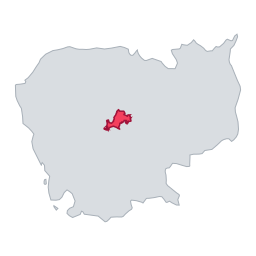 Kampong Svay, Kâmpóng Thum, Cambodia shown in context
{"feature_id": "14789045B4566000056462", "entity_name": "Kampong Svay", "entity_type": "district", "adm_level": 2, "iso_a3": "KHM", "parent_name": "Cambodia", "parent_adm1": "Kâmpóng Thum", "projection": "mercator", "projection_center": [104.694, 12.753], "detail": "fine", "context": "in_parent", "style": "filled", "palette": "rose", "viewbox_px": 256, "rotation_deg": 0, "n_neighbors": 0, "source": "geoboundaries", "source_scale": "gbopen_adm2", "svg_char_len": 6792}
<svg xmlns="http://www.w3.org/2000/svg" viewBox="0 0 256 256"><path d="M237.0,34.2L237.6,36.7L235.9,41.2L233.9,45.4L230.4,49.0L230.2,51.7L229.0,59.7L229.4,62.2L230.3,64.4L231.4,65.6L234.5,73.3L237.4,80.4L240.1,86.2L240.6,89.9L238.1,99.2L235.1,107.8L235.4,112.0L236.6,116.3L238.0,121.9L238.5,129.2L237.8,133.9L236.4,136.8L233.8,139.8L231.6,141.4L228.9,138.8L226.8,138.7L223.9,139.5L221.6,140.7L217.0,145.1L211.9,149.4L204.8,150.5L202.1,153.6L199.1,154.1L193.5,154.2L189.9,155.0L190.0,156.6L189.7,164.1L189.8,165.9L189.2,166.4L186.7,166.6L182.4,165.4L176.6,163.6L172.5,163.3L170.3,166.6L169.1,167.9L167.5,168.0L165.9,168.6L165.3,170.1L165.2,171.9L166.0,175.1L166.3,180.1L166.1,183.4L167.6,185.6L176.5,192.8L179.1,194.6L179.4,195.7L177.8,199.6L179.2,205.1L176.4,205.0L171.8,202.7L169.6,201.2L166.9,202.4L166.0,202.2L164.1,199.4L161.8,196.7L159.3,196.5L154.2,197.6L148.9,198.3L146.9,198.3L146.1,198.8L143.0,203.0L141.7,202.2L136.4,200.7L131.5,200.1L130.5,201.1L131.1,204.5L132.2,207.8L131.6,209.2L128.9,210.9L125.4,214.0L123.2,216.4L121.7,217.0L116.4,216.9L111.0,217.2L108.9,219.5L106.9,221.3L105.1,221.8L98.2,216.1L84.3,214.2L82.8,211.7L81.5,211.2L80.2,214.4L72.6,217.5L69.4,215.7L67.0,213.4L67.4,210.6L69.6,208.3L73.4,206.7L75.1,201.0L72.2,193.7L69.7,191.6L67.0,189.9L64.2,192.6L61.9,197.2L59.4,199.6L56.0,200.2L50.9,200.0L48.9,193.0L48.2,187.1L48.9,180.3L49.7,176.2L44.8,170.6L44.5,165.3L42.2,162.6L41.5,164.0L41.5,165.5L40.9,164.4L33.1,148.8L31.8,141.6L33.2,136.0L33.9,134.1L31.7,131.2L28.6,127.9L23.0,123.5L22.6,116.6L21.4,108.4L19.7,105.7L17.2,100.6L15.8,96.5L15.4,85.4L16.1,84.5L20.0,84.2L25.0,83.4L25.8,81.6L24.9,80.2L28.2,77.7L32.8,72.2L36.4,66.5L39.0,62.8L40.5,59.2L45.7,54.2L52.9,50.6L57.7,49.8L62.8,48.6L67.6,46.9L69.9,46.7L76.0,48.8L79.2,49.3L82.7,49.3L86.2,49.5L89.3,49.3L96.7,47.9L104.5,49.0L111.5,48.1L120.2,46.4L124.4,47.5L128.3,49.2L128.8,52.5L129.7,54.1L131.0,55.3L132.8,55.3L135.0,52.9L136.8,50.5L137.4,50.0L137.5,51.2L138.4,53.8L140.1,56.4L141.7,58.2L144.5,60.4L146.3,60.5L152.2,58.4L161.1,61.5L162.2,63.1L165.0,66.3L168.1,68.6L175.1,68.7L177.5,63.1L176.3,59.7L172.4,53.7L171.3,50.2L172.6,49.5L179.3,48.9L180.3,48.2L181.8,44.3L183.6,44.8L187.3,45.3L191.3,42.6L193.6,39.8L194.9,41.1L196.2,43.0L197.8,44.2L200.6,45.8L203.7,48.2L205.6,50.5L207.2,51.4L211.1,50.8L212.2,50.9L214.5,48.1L216.1,46.5L217.5,47.0L219.5,46.9L223.6,43.4L226.0,40.1L227.3,39.2L231.0,40.8L232.5,40.5L234.7,36.0L237.0,34.2ZM46.3,183.8L45.5,184.3L44.8,184.3L44.1,183.6L44.1,181.1L44.7,179.6L45.9,179.3L46.3,183.8ZM57.9,208.4L56.3,210.1L53.9,206.7L53.9,205.7L57.9,208.4Z" fill="#d9dde1" stroke="#a8b0b8" stroke-width="1"/><path d="M119.5,129.0L119.5,128.7L119.3,128.4L119.2,128.2L118.9,127.9L118.9,127.7L118.8,127.3L118.9,126.9L118.8,126.4L119.2,126.2L119.3,126.1L119.5,125.7L119.6,125.2L119.7,124.8L119.8,124.2L119.7,123.9L119.8,123.6L120.0,123.2L120.3,123.1L121.2,123.2L121.4,123.1L121.7,123.0L121.7,122.9L121.9,122.7L122.0,122.5L122.2,122.4L122.3,122.4L122.3,122.2L122.0,122.0L121.9,122.0L122.0,121.9L122.3,122.0L123.2,122.0L123.9,121.7L123.9,121.2L124.1,120.5L124.6,120.5L125.0,120.4L125.3,120.4L125.8,120.5L126.2,120.5L125.9,121.1L126.0,121.3L126.3,122.0L125.9,122.0L126.0,122.3L126.0,122.6L125.7,122.7L125.7,122.8L125.8,123.0L126.0,123.1L126.3,123.0L126.5,123.1L126.6,123.4L126.7,123.5L126.8,123.7L127.0,123.8L127.3,123.0L127.3,122.9L127.6,123.0L127.8,122.9L127.8,122.7L128.1,122.6L128.1,122.3L128.0,122.2L127.9,122.2L127.8,122.6L127.7,122.6L127.4,122.1L127.4,121.9L127.6,121.8L127.7,121.7L127.8,121.7L128.0,121.8L128.0,121.6L128.0,121.4L128.3,121.4L128.5,121.2L129.0,121.4L129.4,121.4L129.7,121.4L129.8,121.4L130.1,121.3L130.4,121.2L130.5,121.2L130.9,121.0L130.9,120.8L130.8,120.6L130.9,120.2L130.8,119.9L130.7,119.9L130.6,119.7L130.6,119.4L130.7,119.2L130.6,119.3L130.3,119.1L130.3,118.9L130.3,118.7L130.5,118.6L130.8,118.1L130.6,118.2L130.6,117.9L130.4,117.8L130.4,117.7L130.3,117.4L130.3,117.0L130.2,116.5L130.0,116.2L129.7,116.1L129.6,115.8L129.7,115.5L129.9,115.1L130.1,114.9L129.7,114.9L129.4,115.1L129.1,115.1L128.9,115.0L128.5,114.9L128.0,115.0L127.8,115.1L127.5,115.4L127.4,115.6L127.4,116.2L127.3,116.3L127.2,116.3L127.1,116.2L126.8,115.8L124.5,114.8L124.0,114.6L124.0,114.4L124.1,114.2L124.4,114.0L124.4,113.9L124.5,113.6L124.5,113.4L124.6,113.2L124.8,113.2L124.7,112.9L124.5,112.4L124.1,111.7L123.7,111.2L123.1,111.2L122.0,111.2L121.2,111.2L119.5,111.1L119.4,111.1L119.2,110.9L119.1,110.4L118.9,110.1L118.7,109.8L118.4,109.7L118.2,110.1L117.6,110.6L116.8,111.4L116.9,112.5L116.3,113.1L116.3,113.4L116.3,113.6L116.0,114.0L115.8,114.8L115.5,115.3L114.9,116.1L114.6,116.3L114.4,116.7L114.3,117.1L113.9,117.8L114.0,117.9L114.1,118.0L114.2,118.4L114.3,118.7L114.3,118.8L114.1,119.4L113.6,120.1L113.6,120.5L113.4,120.8L113.5,121.0L113.5,121.3L113.2,121.4L113.1,121.6L113.0,121.8L112.7,122.1L112.3,122.4L112.2,122.6L112.0,122.8L111.8,123.0L111.5,123.2L111.3,123.3L111.2,123.3L110.9,123.0L110.6,123.0L110.4,122.9L109.9,122.9L109.4,122.5L109.0,122.3L108.9,122.2L109.0,122.1L108.9,122.0L108.9,121.7L108.9,121.4L108.9,121.2L108.7,121.1L108.6,120.8L108.5,120.7L108.4,120.4L108.2,120.2L108.1,120.3L107.9,120.4L107.9,120.5L107.7,120.4L107.7,120.2L107.4,120.1L107.5,120.1L107.4,120.2L107.1,120.3L107.0,120.5L106.7,120.8L107.0,122.0L107.3,122.0L107.2,122.1L107.1,122.5L107.2,123.4L107.3,123.5L107.2,123.6L107.2,123.8L107.2,124.1L107.2,124.3L107.0,124.9L106.9,125.5L106.7,125.8L106.8,125.9L106.7,125.9L106.5,126.0L106.4,126.1L106.3,126.3L106.0,126.5L106.4,126.8L106.2,126.8L106.4,126.9L106.5,127.1L106.9,127.4L106.8,127.1L107.0,127.4L107.1,127.5L107.6,127.8L107.6,128.1L107.7,128.3L107.6,128.6L107.5,128.9L107.4,128.9L107.2,129.0L107.1,128.9L106.9,129.0L106.9,128.9L106.7,128.8L106.7,129.0L106.3,128.9L106.3,129.1L106.1,128.9L105.9,128.9L105.9,128.7L105.7,128.6L105.3,128.6L105.3,128.8L105.2,128.6L104.9,128.3L104.9,128.2L104.7,128.2L104.3,128.2L104.2,128.3L104.1,128.5L104.2,129.0L104.3,129.1L104.5,129.2L105.0,129.4L105.3,129.5L105.1,129.2L104.6,128.9L104.6,128.7L105.1,129.1L105.1,128.9L105.3,129.2L105.7,129.4L105.9,129.6L106.0,129.5L106.2,129.8L106.3,129.8L106.6,129.8L106.8,129.7L107.1,129.5L107.2,129.4L107.3,129.3L107.5,129.3L107.7,129.2L108.1,129.2L108.0,129.3L108.3,129.5L108.2,129.5L108.0,129.8L107.9,129.8L108.0,129.7L107.9,129.6L107.7,129.6L107.9,130.0L108.2,130.0L108.3,130.1L108.5,129.7L108.6,129.4L108.8,129.2L108.9,128.8L108.9,128.5L108.7,128.3L108.8,128.3L109.0,128.2L109.7,127.6L110.1,127.3L110.3,127.3L110.7,127.1L111.2,126.9L111.7,126.8L111.9,126.7L112.2,126.5L112.4,126.4L112.8,126.5L113.7,126.2L114.7,126.7L114.9,126.8L115.4,127.0L115.8,127.1L116.6,127.4L117.0,127.7L117.4,128.0L117.5,128.0L117.8,128.3L118.7,128.7L119.5,129.0ZM107.6,129.5L107.6,129.4L107.4,129.4L107.4,129.5L107.8,130.0L107.8,129.8L107.6,129.6L107.6,129.5Z" fill="#f43f5e" stroke="#9f1239" stroke-width="1.5"/></svg>